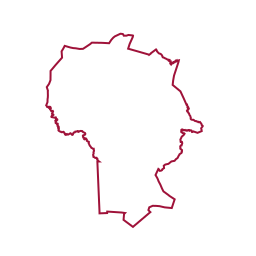 Veselavas pag., Priekulu, Latvia (orthographic projection), rotated 344°
{"feature_id": "27541924B69418536197528", "entity_name": "Veselavas pag.", "entity_type": "district", "adm_level": 2, "iso_a3": "LVA", "parent_name": "Latvia", "parent_adm1": "Priekulu", "projection": "orthographic", "projection_center": [25.543, 57.263], "detail": "fine", "context": "isolated", "style": "outline", "palette": "rose", "viewbox_px": 256, "rotation_deg": 344, "n_neighbors": 0, "source": "geoboundaries", "source_scale": "gbopen_adm2", "svg_char_len": 5563}
<svg xmlns="http://www.w3.org/2000/svg" viewBox="0 0 256 256"><g transform="rotate(344 128 128)"><path d="M55.6,83.7L55.9,84.3L56.0,85.3L56.1,85.5L57.0,85.6L57.2,85.9L57.3,86.7L57.4,86.8L57.6,86.7L57.8,86.2L58.2,85.9L59.0,86.2L59.2,86.5L59.3,87.4L59.3,87.7L58.2,88.3L58.2,88.6L58.7,89.3L58.8,90.3L58.9,90.6L60.4,90.8L60.5,91.2L60.5,91.6L60.2,91.9L59.1,92.9L58.8,93.4L58.9,93.7L59.8,94.2L60.0,94.6L59.9,94.9L58.1,95.3L57.5,95.9L57.4,96.1L57.5,96.4L60.4,97.9L61.3,97.8L61.6,98.0L61.0,99.7L61.1,100.0L61.4,100.2L61.9,99.9L62.2,99.9L62.4,100.2L62.4,100.4L62.3,100.7L61.5,101.2L60.1,101.2L60.1,101.3L60.3,102.0L60.4,102.3L59.9,102.8L59.8,103.1L59.9,103.4L60.4,103.8L61.5,104.3L61.6,104.6L60.9,105.1L61.2,105.7L61.0,105.8L60.8,106.6L61.1,106.9L61.7,107.5L61.7,108.0L61.0,108.2L60.8,108.5L60.8,108.8L61.4,109.4L61.4,109.6L61.3,110.0L60.6,110.6L60.5,111.2L60.7,111.6L61.9,112.9L62.4,113.0L62.7,113.5L63.1,113.8L63.6,113.9L64.8,113.8L65.1,114.0L65.4,115.3L65.5,115.7L65.9,115.9L66.0,116.1L65.7,116.5L65.7,116.8L66.0,117.3L66.4,117.5L66.7,117.5L67.4,116.9L67.7,116.9L68.2,117.7L68.5,117.8L69.0,117.8L70.5,117.3L71.3,117.2L71.5,117.4L71.6,117.8L72.4,119.2L72.7,119.3L73.2,119.1L73.8,118.1L74.2,117.7L74.7,117.4L75.3,117.6L75.8,117.5L76.3,116.9L77.5,117.2L78.7,117.0L79.1,117.2L79.1,117.4L79.1,118.0L79.3,118.1L80.9,117.7L81.9,117.8L83.2,118.4L83.2,118.9L83.6,119.4L85.3,121.0L85.4,121.8L85.2,122.2L84.7,122.6L82.8,122.7L82.4,123.1L82.4,123.4L82.5,123.7L82.6,124.1L82.4,124.4L82.3,124.8L83.1,125.4L83.3,125.6L82.9,126.2L82.8,126.7L83.0,126.9L84.6,126.4L84.8,126.8L84.9,127.0L84.8,127.4L85.2,127.8L85.2,128.0L84.9,128.5L84.9,129.0L85.4,129.6L86.4,130.3L86.6,130.6L86.5,130.9L86.0,131.6L86.0,132.0L86.3,133.3L86.3,134.2L86.6,134.9L86.9,135.4L87.3,136.9L87.4,137.1L88.0,137.5L88.5,138.2L88.8,138.4L89.3,138.5L89.1,139.5L89.2,140.0L89.1,140.3L88.7,140.8L88.7,141.2L88.1,141.8L88.0,142.9L87.1,144.1L87.1,145.4L86.1,145.5L86.5,145.6L86.8,145.9L86.8,146.3L87.7,146.9L88.2,147.7L89.4,147.9L89.4,148.3L89.8,148.5L90.1,149.0L90.1,149.3L89.7,149.7L89.9,150.3L90.5,151.7L90.9,152.2L89.3,151.8L77.8,199.5L77.1,202.2L84.5,204.0L85.0,202.6L98.6,207.5L101.7,208.9L100.5,209.6L98.4,215.1L105.5,224.4L126.3,215.0L125.8,214.2L125.0,212.5L126.6,210.1L130.3,209.6L133.5,210.6L136.7,211.8L141.4,214.4L148.0,217.0L153.2,209.4L149.2,204.8L148.4,203.6L144.6,198.7L144.0,195.5L143.5,191.4L142.7,187.6L142.6,186.0L142.4,184.4L141.5,180.8L145.9,175.7L146.3,176.2L146.5,177.6L146.8,178.0L148.3,178.1L149.2,177.8L149.5,177.2L151.6,176.5L152.0,174.1L153.8,173.4L157.0,173.6L160.5,172.1L163.7,172.4L165.6,171.1L166.1,171.0L167.5,170.4L168.9,168.8L169.8,168.0L170.0,167.9L170.2,167.5L171.2,167.1L172.4,166.8L172.8,166.4L173.1,166.0L173.0,165.6L173.3,165.3L173.4,164.9L173.6,164.9L173.7,164.6L173.8,164.2L173.6,164.0L173.6,163.8L173.5,163.7L173.3,163.2L172.6,162.4L172.7,161.6L173.1,161.0L173.1,160.2L173.6,159.6L174.1,159.3L174.7,159.5L176.0,157.5L176.0,156.3L174.8,156.0L174.9,154.9L175.2,154.5L175.1,153.7L175.7,152.9L176.4,152.2L177.3,151.1L179.4,150.2L180.8,149.1L180.5,148.5L179.1,147.9L178.6,147.1L178.7,146.9L178.7,146.4L178.4,146.5L178.2,146.4L178.3,146.2L178.2,146.0L178.6,145.0L178.8,144.9L178.8,144.5L179.0,144.4L179.2,144.7L180.0,144.5L180.2,144.8L180.1,145.0L180.8,145.3L181.0,145.6L181.3,145.4L181.4,145.5L182.2,145.6L182.2,145.9L183.0,146.4L183.4,146.7L183.6,146.7L183.8,146.5L184.0,146.7L184.3,146.5L184.8,146.7L184.9,146.9L185.2,146.9L185.3,146.6L185.6,146.6L186.2,146.8L186.2,147.0L186.4,147.1L186.2,147.4L186.5,147.7L187.1,147.5L187.8,147.5L188.4,148.1L188.4,149.2L188.5,149.3L188.5,149.5L189.1,149.6L189.9,149.3L193.5,151.8L198.0,151.3L198.2,150.0L198.2,148.6L198.6,148.1L200.1,147.1L200.4,146.7L200.1,146.0L199.7,145.6L199.7,144.2L198.9,142.2L198.5,142.3L197.5,141.9L197.6,141.6L196.8,141.1L196.3,141.0L195.4,140.1L194.8,140.0L194.0,139.4L193.7,138.8L193.1,138.1L191.9,137.8L191.1,137.2L190.8,136.6L190.8,136.2L191.2,135.4L191.1,134.6L191.2,133.8L190.8,132.6L190.6,132.2L190.6,131.8L190.7,131.4L190.7,130.8L190.2,130.2L190.2,129.3L189.7,128.8L189.5,128.4L189.4,127.7L190.3,126.9L190.6,127.1L190.8,127.0L190.9,126.6L191.1,126.8L191.8,126.2L191.8,125.8L191.6,125.5L191.6,125.1L191.6,124.9L190.9,125.0L190.8,124.8L191.2,124.4L191.3,124.2L191.2,123.6L191.2,121.9L190.7,122.0L189.7,114.7L188.5,107.2L182.8,98.9L184.5,94.8L186.7,90.3L194.7,78.5L195.5,77.0L195.3,77.0L195.1,77.2L195.0,77.7L194.9,77.8L194.7,77.6L194.7,77.4L193.9,77.1L193.8,76.8L193.7,76.4L193.5,76.5L193.5,76.8L192.9,77.4L192.7,77.4L192.2,77.1L192.2,76.7L192.5,76.6L192.3,76.4L191.8,76.8L191.4,77.4L191.1,77.7L190.8,77.7L190.3,77.1L190.1,77.1L189.5,78.0L188.8,77.4L188.6,77.4L188.0,78.3L187.7,78.3L187.6,78.2L187.3,78.2L187.1,78.6L186.9,78.8L186.5,78.0L186.4,77.4L187.4,75.7L186.4,75.2L186.8,74.1L186.7,74.0L186.3,74.0L185.7,74.5L185.6,74.4L185.6,74.2L185.9,73.8L185.4,73.7L185.3,73.2L184.6,72.9L183.6,71.8L183.0,71.4L182.2,70.5L181.1,69.8L180.9,69.6L181.0,69.3L180.7,68.3L180.8,67.8L180.6,67.3L180.3,66.6L179.7,65.7L178.5,65.0L178.0,64.3L177.0,62.3L177.0,61.6L176.9,60.9L176.6,60.2L170.5,62.5L170.3,62.8L168.4,63.5L168.3,63.2L158.4,57.0L150.0,51.8L152.8,47.6L157.7,41.8L158.3,40.6L158.2,40.4L154.1,38.7L151.8,38.8L149.4,38.1L149.3,37.4L148.9,36.2L146.7,35.3L140.6,36.3L138.7,37.1L136.2,38.7L133.2,41.3L126.9,39.1L116.8,36.0L114.5,37.0L106.6,39.5L103.3,38.7L99.8,37.0L97.4,36.1L94.9,34.8L89.8,31.6L87.5,34.0L85.3,36.0L84.0,42.2L75.7,47.5L69.3,51.8L67.9,56.6L67.4,58.2L66.7,60.6L64.3,63.8L61.2,66.3L61.3,70.2L61.0,70.7L59.9,74.9L59.2,76.9L58.7,77.9L57.7,81.0L55.6,83.7Z" fill="none" stroke="#9f1239" stroke-width="2"/></g></svg>